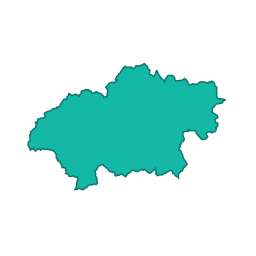 Cho Don, Bắc Kạn, Vietnam, rotated 76°
{"feature_id": "81297802B41242908240864", "entity_name": "Cho Don", "entity_type": "district", "adm_level": 2, "iso_a3": "VNM", "parent_name": "Vietnam", "parent_adm1": "Bắc Kạn", "projection": "orthographic", "projection_center": [105.544, 22.187], "detail": "fine", "context": "isolated", "style": "filled", "palette": "teal", "viewbox_px": 256, "rotation_deg": 76, "n_neighbors": 0, "source": "geoboundaries", "source_scale": "gbopen_adm2", "svg_char_len": 5810}
<svg xmlns="http://www.w3.org/2000/svg" viewBox="0 0 256 256"><g transform="rotate(76 128 128)"><path d="M124.1,27.0L122.9,28.9L121.2,33.4L120.4,34.1L118.0,34.2L115.0,33.3L112.7,33.0L111.6,32.3L109.7,32.0L108.5,33.4L106.0,33.3L104.4,33.7L104.0,34.1L103.8,34.8L102.8,35.2L103.4,36.9L102.7,37.8L103.4,38.9L103.4,39.8L103.1,41.2L102.0,41.9L101.8,43.5L100.8,45.8L101.1,48.0L101.4,48.6L102.1,49.0L102.2,49.9L101.8,51.6L101.7,53.0L100.7,54.3L101.2,56.8L101.1,57.8L100.2,58.8L99.0,59.0L97.3,58.9L96.1,59.7L95.4,59.8L94.8,60.1L93.9,61.0L93.7,61.4L94.3,62.4L94.7,64.5L94.0,68.8L94.4,70.2L93.2,70.4L92.2,71.0L90.1,70.6L88.4,71.6L87.7,72.6L86.9,75.3L86.8,76.3L87.1,77.2L88.5,78.2L89.7,80.1L91.6,81.1L92.1,81.7L90.5,81.9L87.5,83.9L84.7,84.7L83.7,85.4L79.3,86.0L80.1,87.2L82.1,88.3L84.1,90.0L84.4,90.5L84.3,90.9L83.3,91.4L80.5,94.3L80.0,94.3L78.2,93.1L76.7,92.8L76.3,93.7L75.7,94.2L75.3,94.4L74.3,94.1L72.8,94.4L71.8,95.4L70.3,95.9L69.4,96.8L70.0,98.1L70.7,98.7L70.1,99.8L70.4,100.7L70.3,101.6L70.5,103.1L70.0,103.7L69.5,105.3L71.0,106.2L71.1,106.8L71.6,107.6L71.7,109.3L70.8,109.2L69.4,110.4L69.4,112.6L68.8,114.0L69.0,115.0L68.7,115.4L68.3,115.6L67.6,115.4L67.9,116.7L68.4,118.0L69.2,118.9L70.4,119.7L71.5,121.4L72.7,122.2L73.2,123.0L73.2,123.9L74.5,124.9L75.3,126.5L77.7,128.3L78.4,127.1L79.3,127.1L79.3,128.7L80.1,129.3L80.9,130.6L79.8,132.1L79.7,133.7L80.0,134.3L80.2,135.9L81.8,137.5L82.9,139.5L83.3,139.8L84.3,139.1L85.1,139.1L85.7,138.4L86.5,138.5L87.7,139.1L88.8,139.2L89.3,139.7L91.3,140.6L92.1,140.6L92.6,141.0L92.3,142.6L92.4,143.5L92.7,144.0L91.3,144.0L88.1,146.0L87.3,147.6L85.1,149.9L85.1,150.4L85.6,151.7L85.8,153.1L85.3,154.5L85.1,154.8L83.5,154.9L83.0,155.2L82.8,156.1L82.1,156.9L81.5,156.9L81.3,157.2L81.1,157.8L81.5,158.4L80.8,158.9L80.4,159.5L80.4,159.9L81.1,160.8L81.0,161.8L80.6,162.5L81.2,164.4L81.5,164.7L82.0,164.9L82.9,164.7L83.4,164.8L84.1,167.1L85.2,167.3L84.7,167.7L84.6,168.1L84.0,168.7L83.5,169.6L82.8,170.1L82.5,170.8L82.5,171.7L83.0,172.9L83.0,174.4L82.4,175.2L80.7,176.3L80.4,176.9L80.4,177.3L82.1,177.8L83.1,179.8L84.1,179.8L84.7,180.1L85.1,181.0L84.6,182.0L84.7,182.4L84.7,183.3L85.3,184.3L86.2,184.9L86.6,185.7L87.4,186.1L88.1,186.9L88.3,187.1L88.4,187.8L89.2,188.1L90.3,189.0L90.9,190.4L90.5,192.1L90.7,192.5L91.3,192.8L91.6,193.2L91.1,196.7L91.8,197.3L92.4,198.7L92.7,200.6L92.5,201.6L93.1,204.7L93.6,205.5L94.2,205.6L95.0,205.7L95.5,205.4L96.1,205.4L97.6,206.2L97.7,207.0L97.5,210.1L97.7,211.5L97.4,213.0L98.7,213.9L99.9,214.2L100.2,214.9L100.2,216.5L100.6,216.7L101.2,216.6L101.6,215.4L102.0,215.3L102.9,216.4L104.3,217.0L105.4,217.8L106.1,219.8L107.7,222.2L108.1,223.4L108.5,223.8L110.4,224.0L111.3,225.1L111.8,225.4L113.8,225.3L115.2,225.8L116.1,225.9L116.9,226.5L117.2,227.4L117.8,228.2L120.4,229.0L121.5,229.0L122.1,228.6L123.0,228.6L123.7,228.1L125.8,228.2L125.2,226.8L125.4,225.6L124.7,224.7L124.6,224.3L125.1,224.2L125.9,224.5L128.1,223.3L127.4,222.7L126.8,220.6L126.9,219.6L128.5,218.1L128.2,217.6L127.4,217.0L127.5,216.0L127.8,215.3L128.2,214.9L128.4,214.1L128.9,213.4L129.0,213.0L128.8,212.2L129.7,210.5L130.2,209.1L130.7,208.4L130.9,207.6L132.8,205.1L135.9,204.3L136.6,203.6L137.5,204.3L139.4,204.8L140.6,204.5L141.6,203.8L142.3,204.3L142.5,204.3L143.6,203.2L144.1,201.7L145.4,202.3L147.7,201.4L150.3,201.4L149.9,200.5L150.8,200.4L151.4,199.0L152.1,197.9L154.1,198.8L156.7,198.7L157.1,199.5L158.0,197.8L159.2,196.7L160.7,196.9L161.1,195.3L161.3,192.4L162.9,191.2L163.2,190.5L163.3,189.2L163.6,188.9L165.5,188.9L167.0,190.1L173.0,192.5L174.3,193.5L175.0,195.1L175.2,192.0L174.7,189.9L174.7,189.5L176.3,188.0L176.6,187.5L176.9,186.2L176.9,185.6L176.4,185.1L176.0,184.3L175.8,182.6L175.1,181.4L174.2,180.8L174.0,180.0L174.0,178.0L174.5,177.3L174.5,176.6L174.1,174.1L175.0,173.2L175.1,172.5L174.7,172.2L174.0,171.0L173.4,170.9L171.9,170.8L170.8,171.1L169.9,170.5L169.3,170.6L168.5,170.4L168.2,170.4L167.1,171.2L166.2,171.2L165.5,170.7L164.5,170.6L163.8,170.3L161.9,170.9L160.8,168.4L160.2,168.3L159.7,167.5L157.6,166.2L157.4,165.6L157.7,163.9L157.2,162.9L157.3,161.6L157.4,161.2L158.1,160.7L158.8,160.7L160.0,159.7L161.2,159.1L161.8,157.9L162.3,157.5L164.3,157.2L165.4,156.6L167.1,154.1L167.1,153.2L167.6,153.1L167.8,151.8L169.7,151.6L171.1,152.2L171.4,152.0L171.5,150.9L171.2,149.9L171.6,149.1L171.7,147.8L171.1,146.4L171.4,144.7L173.0,143.7L174.0,142.6L174.7,142.3L174.6,141.8L174.1,141.2L172.3,139.6L172.0,138.9L171.9,137.3L171.4,136.1L170.7,135.5L170.1,134.3L170.3,133.3L170.8,132.3L171.7,131.3L172.5,129.6L172.6,128.9L171.6,125.8L171.5,124.8L171.6,124.5L172.4,124.0L172.6,123.2L172.0,122.1L175.9,119.4L177.2,118.0L176.9,117.2L176.9,116.2L175.3,113.6L175.0,112.6L173.7,111.5L177.8,111.2L178.3,111.4L178.6,112.3L181.3,111.1L181.2,108.4L181.8,105.9L180.9,103.6L181.0,102.4L180.2,100.7L179.9,99.0L179.2,97.0L179.4,96.5L181.3,95.2L182.2,95.1L183.0,95.5L183.8,94.1L185.5,93.7L186.8,92.7L187.3,91.7L188.4,91.1L187.2,91.0L184.9,90.1L183.1,87.6L182.6,85.4L181.6,85.0L180.8,84.3L179.2,82.1L178.9,81.2L177.4,79.4L174.8,80.1L170.7,81.6L168.8,81.7L167.6,81.5L166.3,81.9L162.8,82.4L162.2,82.8L161.5,83.7L160.2,83.4L158.5,81.5L157.1,81.8L156.8,81.7L156.3,80.3L155.0,80.1L154.5,79.1L154.4,77.9L153.0,76.2L150.9,76.1L149.6,76.4L147.8,76.5L145.6,75.5L145.1,74.3L145.4,71.6L145.9,70.6L144.8,69.9L144.0,69.6L145.7,68.4L145.7,67.0L146.2,65.9L146.3,64.8L146.9,63.9L147.9,62.9L149.3,63.0L150.6,62.7L157.3,59.0L157.4,55.2L156.8,53.9L155.7,52.7L153.8,53.4L152.1,53.5L151.7,53.3L151.3,50.2L152.9,47.9L152.1,47.8L152.7,44.8L151.1,42.9L150.2,42.6L148.5,42.6L148.3,41.1L147.6,40.4L146.1,39.9L145.0,39.9L143.1,41.8L141.3,41.7L140.3,41.0L139.7,38.3L139.0,38.3L137.2,38.5L135.8,40.2L133.0,42.7L129.0,41.3L128.5,39.9L127.1,38.1L126.0,36.1L126.0,35.5L126.6,34.2L126.2,32.7L126.5,31.4L126.3,30.5L125.9,30.0L124.8,29.3L124.8,27.8L124.1,27.0Z" fill="#14b8a6" stroke="#0f766e" stroke-width="1.5"/></g></svg>